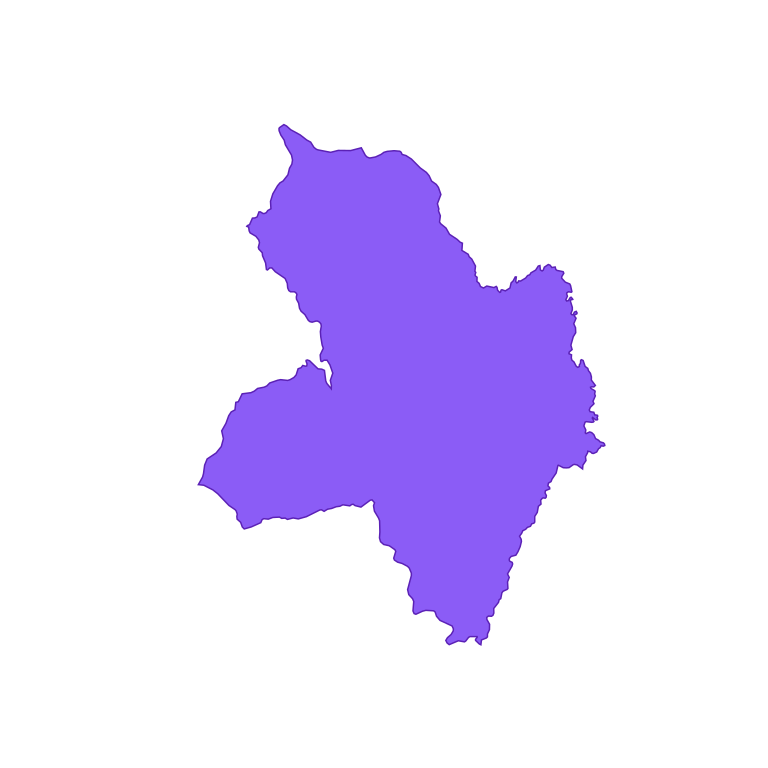 Cisneros, Antioquia, Colombia (Albers equal-area conic projection), rotated 67°
{"feature_id": "7082276B52790973649265", "entity_name": "Cisneros", "entity_type": "district", "adm_level": 2, "iso_a3": "COL", "parent_name": "Colombia", "parent_adm1": "Antioquia", "projection": "albers", "projection_center": [-75.079, 6.546], "detail": "fine", "context": "isolated", "style": "filled", "palette": "violet", "viewbox_px": 768, "rotation_deg": 67, "n_neighbors": 0, "source": "geoboundaries", "source_scale": "gbopen_adm2", "svg_char_len": 6170}
<svg xmlns="http://www.w3.org/2000/svg" viewBox="0 0 768 768"><g transform="rotate(67 384 384)"><path d="M106.1,374.8L107.2,380.1L107.9,380.9L109.9,381.6L114.6,381.7L120.5,380.6L125.3,381.3L137.1,379.7L142.1,380.7L145.6,382.9L148.5,386.7L153.9,390.7L157.7,397.6L158.2,401.2L159.9,404.5L165.5,412.0L171.5,417.1L178.5,419.6L178.9,423.2L180.3,425.4L180.3,427.6L179.8,428.7L177.2,430.6L176.7,431.8L180.6,435.5L180.7,437.9L179.9,440.3L184.8,445.5L184.8,447.9L185.3,448.7L186.7,447.3L190.4,448.3L192.6,448.2L198.0,444.2L202.5,443.0L205.3,443.4L209.1,446.3L210.9,446.5L215.6,444.8L218.5,445.7L226.3,445.7L232.7,447.5L233.5,446.7L232.5,443.9L233.3,441.9L238.2,440.2L248.2,433.8L253.5,433.7L257.9,435.1L260.8,435.1L262.6,434.0L264.2,430.3L266.3,429.2L267.6,429.2L269.6,430.7L271.7,431.4L276.3,431.0L281.3,432.2L284.6,431.9L289.2,429.7L295.9,428.8L297.7,427.8L299.0,426.0L299.5,422.0L300.2,420.5L301.9,419.2L304.0,418.6L306.2,419.1L310.9,422.1L316.0,423.8L323.9,425.7L327.4,425.9L332.3,431.4L336.9,432.9L338.4,433.1L339.1,432.4L338.7,429.8L339.9,427.1L345.3,426.3L354.0,426.9L359.7,432.0L364.8,433.0L367.8,434.4L361.1,436.4L358.4,436.4L348.2,433.5L346.0,435.5L344.3,438.8L333.5,443.4L331.9,445.2L331.8,446.4L332.3,446.8L335.5,447.0L337.2,448.1L336.9,449.4L335.2,451.5L336.6,454.0L336.4,457.1L341.3,461.3L342.8,464.4L343.3,468.7L343.1,471.2L339.6,477.5L339.0,480.4L338.4,488.8L340.0,492.6L340.1,495.5L338.7,502.1L339.9,506.2L340.0,509.9L337.6,518.4L343.4,525.0L343.0,527.6L349.6,531.3L350.0,535.6L352.5,539.3L358.5,544.9L363.7,551.7L371.6,553.2L378.0,558.2L381.9,565.5L383.9,576.1L388.6,580.8L396.0,585.2L398.7,587.3L404.1,594.2L406.8,589.4L414.6,582.9L420.1,579.9L435.2,574.2L441.4,570.2L443.0,569.7L446.4,569.9L448.4,571.2L451.0,572.0L455.3,570.0L460.2,570.3L462.8,569.3L463.7,562.1L463.5,551.6L461.2,549.2L461.0,547.3L463.2,543.3L463.4,538.5L465.7,532.2L467.7,530.7L468.8,527.4L470.9,525.8L471.8,520.0L474.7,515.6L475.8,507.3L474.9,492.3L475.4,490.7L477.8,488.9L477.2,484.9L478.1,480.8L478.3,475.9L479.3,472.4L479.1,469.1L482.8,463.1L482.3,460.8L482.6,459.4L484.6,458.2L488.3,453.3L485.6,442.1L486.0,440.3L489.6,439.1L491.9,441.2L497.3,442.5L505.2,441.4L508.2,441.5L518.6,445.6L523.9,448.3L527.8,448.8L531.6,447.0L534.9,442.4L540.8,438.7L542.7,438.6L548.1,443.1L550.1,443.2L553.3,441.1L556.3,437.4L561.0,433.6L563.3,432.7L568.7,432.7L571.1,433.7L582.5,442.6L587.6,443.5L592.8,441.6L595.8,441.6L604.2,446.0L607.1,446.0L608.4,444.6L608.2,437.3L608.7,433.9L612.2,426.9L613.9,426.0L618.3,426.4L623.5,424.8L633.3,415.9L636.5,415.8L638.4,416.8L640.8,420.1L642.3,424.7L644.2,427.3L647.1,427.1L649.4,425.8L649.4,415.9L652.8,410.7L652.6,409.3L650.3,405.2L650.1,403.6L652.9,397.0L653.6,397.2L654.8,399.5L655.8,399.9L660.5,397.9L661.9,396.7L657.7,394.3L657.8,389.0L657.2,387.6L654.5,386.4L651.3,382.9L646.4,380.7L640.9,381.3L639.0,380.6L638.4,378.6L639.8,375.8L639.5,374.1L637.8,372.4L633.5,370.7L629.8,364.0L627.5,362.2L627.2,360.4L622.2,357.0L621.3,355.3L621.2,350.8L620.6,349.8L614.4,347.6L611.0,344.3L607.1,344.5L601.7,337.4L599.9,335.9L598.3,335.7L596.2,337.5L594.9,337.5L593.5,336.6L592.4,334.3L593.1,329.5L590.7,326.2L586.9,322.2L582.6,319.0L580.5,318.4L577.0,318.7L575.3,315.7L573.3,313.6L573.1,310.4L572.0,308.0L572.2,304.8L570.4,302.6L570.7,300.4L570.0,299.2L564.8,297.0L562.1,293.1L556.9,289.7L555.9,286.4L552.2,285.2L551.0,282.9L551.1,281.8L552.1,280.2L551.7,279.1L550.1,278.1L547.2,278.3L545.3,277.1L545.3,272.4L544.0,272.0L541.8,272.9L539.5,271.4L539.1,268.4L537.2,266.5L533.2,260.3L526.9,255.7L527.0,255.1L531.1,251.7L532.5,248.8L533.3,246.3L532.2,241.4L532.4,240.1L534.0,237.8L539.8,234.4L536.4,232.6L533.4,228.0L529.7,227.0L526.8,223.4L525.5,222.7L527.0,220.5L529.1,219.5L529.8,218.2L529.7,214.8L527.4,211.8L527.0,209.8L525.7,208.3L526.9,206.4L526.9,204.8L525.4,204.5L523.9,205.0L521.7,207.7L519.5,208.5L516.9,210.6L512.6,210.6L509.9,211.8L508.5,213.4L508.6,217.4L507.7,217.8L505.2,216.2L500.7,216.4L497.7,213.8L497.7,212.5L500.5,207.6L500.8,206.0L500.4,205.3L496.7,205.6L496.3,205.0L499.9,203.0L500.3,201.5L499.9,201.1L498.1,200.9L497.1,199.8L496.2,199.7L494.7,202.1L492.0,201.9L490.0,205.1L488.1,205.2L486.1,203.2L484.2,198.4L481.6,198.4L477.5,194.1L475.5,194.0L473.4,192.6L472.5,192.6L468.9,195.3L467.7,195.2L467.7,194.0L468.7,192.0L467.9,190.0L461.4,191.6L458.5,190.3L454.8,189.8L451.6,190.6L449.3,190.3L446.4,192.0L440.2,191.5L438.8,192.7L439.0,193.7L441.7,195.1L442.8,196.8L444.2,197.3L444.4,199.1L442.8,200.1L437.9,200.5L435.5,201.7L433.2,201.4L430.4,200.0L428.4,201.9L427.0,201.1L425.8,197.4L421.3,196.8L414.4,191.3L411.7,187.5L407.0,185.7L402.7,185.8L398.5,181.5L395.7,182.2L395.0,181.7L394.7,179.0L394.0,178.5L392.2,178.7L392.2,180.6L394.1,182.9L393.6,184.0L392.3,184.5L389.4,181.7L387.0,180.7L380.2,180.0L379.6,179.1L379.9,177.2L379.1,177.2L377.2,177.9L377.3,179.0L379.3,181.7L379.0,183.4L377.5,183.7L374.8,180.8L372.5,180.7L371.4,179.9L371.2,178.1L372.7,175.8L372.5,175.0L366.3,173.8L364.5,173.9L361.1,177.3L356.1,179.1L354.6,178.4L352.3,175.2L350.6,175.2L347.0,180.4L345.7,181.1L343.2,180.7L342.3,184.0L339.5,184.7L338.2,186.1L339.1,190.8L341.4,192.9L341.7,194.3L340.1,195.5L335.9,194.2L335.7,195.9L338.4,199.9L339.1,205.4L340.4,207.1L340.3,209.5L341.8,212.2L342.6,218.1L341.7,219.7L342.8,221.1L342.8,222.3L341.1,222.7L337.2,220.4L336.7,221.3L339.6,224.9L340.6,227.5L344.8,230.5L345.7,235.9L343.3,238.6L343.3,239.5L344.9,240.8L344.9,241.7L342.1,242.8L339.2,242.2L338.0,242.6L338.2,245.1L334.0,251.1L334.5,254.9L332.0,257.1L328.5,257.1L325.9,258.4L322.1,256.6L320.3,257.6L319.2,257.6L317.1,255.9L315.8,256.3L311.2,253.7L303.3,254.4L300.1,255.9L297.5,255.8L291.5,260.1L285.0,256.8L283.2,258.5L279.4,260.2L271.8,265.2L264.7,266.0L258.8,269.1L256.6,269.6L251.2,266.4L245.9,266.2L244.3,265.1L238.9,264.4L231.8,257.6L224.3,257.1L220.7,257.9L215.8,260.9L209.9,261.1L205.8,262.3L199.3,266.2L187.6,270.9L182.3,274.5L179.8,277.6L177.3,277.7L175.9,278.5L173.2,283.6L171.1,290.2L170.7,293.6L171.5,296.9L171.7,303.1L170.4,308.9L168.6,310.8L166.3,311.8L157.7,312.6L156.1,323.5L151.1,334.9L149.9,342.6L142.9,353.0L141.7,354.4L138.9,356.0L132.7,357.0L129.2,359.8L122.0,363.8L113.5,370.5L108.4,372.9L106.1,374.8Z" fill="#8b5cf6" stroke="#5b21b6" stroke-width="1.5"/></g></svg>